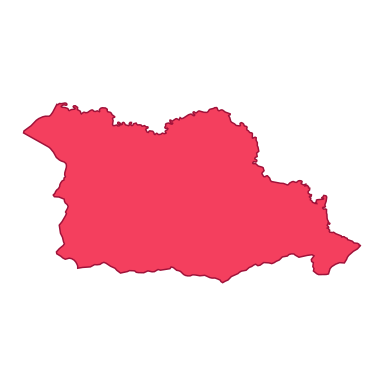 outline of Waeng, Narathiwat, Thailand, rotated 269°
{"feature_id": "78962969B84911065588507", "entity_name": "Waeng", "entity_type": "district", "adm_level": 2, "iso_a3": "THA", "parent_name": "Thailand", "parent_adm1": "Narathiwat", "projection": "robinson", "projection_center": [101.893, 5.891], "detail": "fine", "context": "isolated", "style": "filled", "palette": "rose", "viewbox_px": 384, "rotation_deg": 269, "n_neighbors": 0, "source": "geoboundaries", "source_scale": "gbopen_adm2", "svg_char_len": 6059}
<svg xmlns="http://www.w3.org/2000/svg" viewBox="0 0 384 384"><g transform="rotate(269 192 192)"><path d="M254.0,24.6L239.4,49.6L238.0,51.2L234.2,54.2L228.9,57.0L226.4,59.9L225.3,61.8L224.2,64.8L222.6,66.5L220.8,66.9L218.9,66.8L213.6,65.2L211.4,65.0L209.4,65.7L208.2,64.3L206.3,64.2L205.3,62.3L203.6,61.0L201.8,60.1L199.6,59.7L197.7,58.5L196.4,56.8L194.8,55.6L193.1,54.9L191.4,53.2L189.7,54.3L189.3,58.9L187.1,64.1L185.1,64.3L183.3,65.1L181.6,67.0L179.7,67.9L177.9,67.3L174.2,65.2L172.5,66.1L170.3,65.0L164.7,61.6L161.2,58.7L153.0,59.8L149.0,61.7L144.4,62.7L142.4,63.5L140.7,62.2L137.8,58.5L134.5,55.4L132.6,55.7L130.1,59.7L128.3,61.7L127.0,64.1L128.0,68.1L127.4,70.6L125.9,73.0L124.0,74.6L122.1,75.6L120.1,76.4L117.8,76.4L118.5,81.4L118.9,89.1L121.1,93.3L120.9,95.7L121.2,98.7L122.5,100.7L123.2,102.7L122.3,104.8L119.2,109.3L117.1,113.7L115.0,115.5L112.2,119.1L113.6,126.1L114.5,128.0L114.2,133.2L112.7,134.9L112.3,137.2L112.1,142.4L113.9,146.5L112.9,150.6L113.0,153.0L115.1,156.7L114.4,159.1L115.7,168.6L117.4,169.8L116.8,172.0L114.0,175.3L113.6,177.2L112.8,179.1L109.7,182.2L108.7,184.0L108.2,186.4L108.2,188.7L109.2,191.2L109.0,193.8L108.1,198.4L108.5,203.3L106.1,208.4L105.6,210.5L105.6,213.5L104.6,216.1L103.5,218.5L101.9,219.5L100.8,221.1L102.2,223.6L103.4,226.5L106.8,229.9L109.6,236.5L110.9,238.0L112.0,240.0L112.8,244.7L115.5,247.8L116.5,250.4L117.9,252.4L118.7,254.4L117.2,256.5L117.6,258.7L120.2,262.5L119.8,267.7L119.0,270.5L119.9,272.9L121.2,275.0L122.5,278.1L125.5,281.2L126.3,286.2L127.8,287.9L128.4,290.3L128.3,292.7L127.1,294.1L124.9,297.8L126.6,306.1L127.2,311.0L126.0,312.9L122.4,310.1L120.4,310.4L119.3,312.1L115.3,311.5L113.3,312.6L110.9,312.0L108.1,315.3L107.2,317.2L107.2,324.9L107.7,327.0L113.0,328.7L115.0,330.5L117.3,334.3L118.8,338.3L118.4,343.1L122.0,345.4L124.0,346.2L125.9,347.6L129.9,352.3L132.2,356.4L135.4,359.4L136.0,358.9L136.0,358.2L137.0,357.9L137.8,356.5L138.2,353.2L140.0,351.4L141.7,346.7L142.9,346.4L143.8,344.3L144.6,343.4L144.7,342.4L144.4,341.0L145.5,340.5L147.8,335.0L149.3,332.9L149.0,331.5L149.5,328.9L150.3,328.6L151.4,329.0L152.3,328.1L153.0,327.9L153.6,326.7L154.3,328.0L155.1,327.7L156.1,326.6L157.0,326.8L157.8,327.6L157.4,328.9L158.0,329.3L158.6,329.0L158.3,328.2L158.6,327.5L160.2,327.9L161.4,327.1L163.4,326.6L167.4,326.5L168.5,326.1L172.2,326.2L172.7,325.2L172.7,323.1L173.8,322.3L174.4,322.7L174.5,324.4L175.1,325.1L176.7,324.6L180.5,326.0L184.3,326.6L185.2,326.4L185.9,325.8L186.3,323.7L184.8,322.8L184.1,321.7L183.6,321.8L183.3,323.4L182.8,323.4L182.5,322.9L182.1,317.1L181.7,316.3L180.4,316.2L179.4,315.4L178.7,316.5L178.2,316.6L178.5,314.4L179.3,313.3L179.5,312.4L180.9,311.7L182.1,310.2L183.8,310.7L184.8,309.4L185.3,309.3L185.7,309.7L185.8,311.2L187.1,311.4L187.4,311.0L187.4,309.9L188.9,308.1L190.6,308.2L192.0,309.6L193.8,309.8L194.2,308.5L195.2,308.6L196.5,307.4L196.1,305.1L196.6,305.2L197.4,306.1L197.9,306.0L197.1,303.7L198.4,301.4L199.0,301.3L200.2,302.3L201.1,301.8L201.5,300.1L201.3,298.6L199.8,296.6L200.0,295.1L200.7,293.7L200.6,292.4L199.3,289.9L197.6,288.3L197.4,287.5L199.0,283.6L199.2,280.7L201.1,271.6L202.3,270.6L204.5,269.9L206.9,267.7L206.9,266.8L206.0,265.2L206.2,263.9L209.1,262.2L210.1,262.6L212.0,264.4L215.1,263.5L215.7,262.4L216.8,258.7L219.2,256.2L219.3,253.6L219.7,253.2L220.5,253.4L221.3,254.2L220.9,256.4L221.3,257.1L222.2,257.4L222.9,257.2L224.0,255.4L224.5,255.3L225.5,256.0L226.3,257.8L229.7,257.3L231.6,259.5L235.7,258.8L237.1,258.1L240.2,258.2L242.6,257.0L245.2,257.1L245.7,256.0L244.8,253.7L245.0,253.3L249.4,253.4L250.0,252.9L250.5,250.7L252.2,249.4L252.9,248.2L254.1,247.8L255.9,248.2L256.6,247.5L257.2,245.5L259.0,244.8L260.0,243.8L260.5,242.4L259.9,241.4L259.4,241.2L257.7,241.5L257.4,241.2L257.3,240.4L257.8,237.3L259.4,235.7L261.0,232.9L261.9,232.0L265.8,231.0L267.6,229.9L268.0,230.1L268.6,231.5L269.5,231.5L271.3,226.7L273.4,224.0L273.6,222.6L272.8,220.8L272.9,219.9L273.5,219.3L275.5,218.6L276.0,218.0L275.9,216.2L275.2,214.9L274.4,211.4L273.7,210.5L272.1,209.5L271.3,208.3L271.5,205.3L272.9,200.7L272.8,199.9L271.1,197.7L271.2,196.6L272.0,195.8L272.1,195.0L271.7,194.5L270.8,194.4L269.0,196.1L268.3,195.6L268.3,194.8L269.9,192.6L269.9,191.8L269.3,189.9L265.8,184.3L265.6,182.7L266.6,181.4L264.3,180.3L265.6,177.9L265.5,177.1L263.2,173.5L263.4,172.7L264.3,172.0L264.2,171.2L263.4,171.1L261.7,171.7L261.4,172.3L261.3,173.8L260.8,173.9L260.3,173.4L260.2,172.5L261.4,169.6L260.9,167.6L260.3,166.8L258.3,166.8L257.3,166.0L256.7,166.0L256.0,166.7L256.3,168.4L255.6,169.0L254.9,168.6L253.3,166.3L252.7,166.3L251.5,167.1L251.1,166.9L250.8,165.3L251.4,163.4L250.3,161.8L250.0,160.0L250.2,159.2L251.2,158.1L251.3,157.5L250.1,156.0L250.4,155.4L252.3,154.7L253.4,153.8L253.9,150.8L253.5,150.1L252.3,149.3L252.5,148.3L255.2,146.8L255.7,147.0L257.0,149.2L257.9,148.9L258.0,147.2L259.2,145.7L258.6,143.3L259.9,142.2L260.1,140.8L260.0,138.8L260.4,138.2L261.9,137.3L261.3,134.9L259.7,133.9L259.4,133.1L259.8,132.3L260.4,131.9L261.8,132.7L262.6,132.7L262.7,131.4L261.7,130.5L259.9,130.4L259.4,129.7L260.3,126.7L262.4,125.4L262.8,124.8L262.7,124.1L262.2,123.5L260.7,123.3L260.5,122.8L262.7,120.7L263.1,119.6L262.8,119.0L261.7,118.9L261.1,119.4L260.7,121.1L260.1,121.2L259.6,120.8L259.3,119.1L260.3,117.8L259.7,115.5L259.8,114.3L261.1,113.7L264.6,114.4L266.8,113.8L267.6,114.5L268.1,115.9L268.7,116.0L270.7,113.4L272.2,112.7L273.1,111.7L273.7,109.2L274.8,108.6L276.2,108.7L277.5,107.0L277.8,103.7L277.3,102.1L276.0,100.9L274.3,101.1L273.9,100.8L274.8,98.7L274.2,96.9L274.4,95.4L275.7,94.1L275.8,93.3L275.3,91.9L273.3,88.9L273.1,87.2L273.6,85.9L273.6,85.0L272.0,82.7L272.5,82.3L274.7,81.7L276.4,78.9L278.6,79.1L280.3,76.8L280.2,75.3L279.5,74.7L278.7,75.0L277.8,76.6L276.9,76.2L276.5,72.8L275.5,70.7L275.8,70.1L277.2,69.6L277.8,68.9L278.7,66.4L278.9,63.8L279.6,62.7L280.2,62.9L281.1,64.3L281.4,65.7L280.9,67.5L281.1,68.2L282.0,68.5L283.0,67.6L283.2,66.5L282.6,63.0L282.8,61.0L281.6,59.3L282.0,58.4L274.1,54.1L271.2,51.9L270.3,50.6L270.3,46.5L269.8,44.1L268.1,40.1L266.4,37.6L261.0,32.2L256.0,25.1L254.0,24.6Z" fill="#f43f5e" stroke="#9f1239" stroke-width="1.5"/></g></svg>